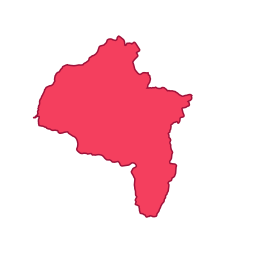 the district of Hualgayoc, Cajamarca, Peru, rotated 234°
{"feature_id": "86281439B40192866337915", "entity_name": "Hualgayoc", "entity_type": "district", "adm_level": 2, "iso_a3": "PER", "parent_name": "Peru", "parent_adm1": "Cajamarca", "projection": "albers", "projection_center": [-78.549, -6.714], "detail": "fine", "context": "isolated", "style": "filled", "palette": "rose", "viewbox_px": 256, "rotation_deg": 234, "n_neighbors": 0, "source": "geoboundaries", "source_scale": "gbopen_adm2", "svg_char_len": 5857}
<svg xmlns="http://www.w3.org/2000/svg" viewBox="0 0 256 256"><g transform="rotate(234 128 128)"><path d="M184.3,183.3L184.6,183.5L191.0,183.9L192.2,183.9L193.1,183.8L193.6,183.5L193.8,183.3L193.8,180.6L194.0,180.6L194.8,180.1L195.2,179.5L196.0,178.9L196.3,178.1L197.1,177.0L196.3,175.2L196.4,174.4L196.6,174.2L197.0,174.3L199.8,175.8L201.1,176.2L202.1,176.3L206.0,175.3L207.5,174.7L207.8,174.5L207.8,173.8L207.7,173.2L207.2,172.1L206.5,171.5L206.1,170.9L206.1,170.0L206.3,169.2L208.4,167.5L209.4,167.1L210.0,166.5L210.6,165.8L211.3,164.3L211.3,163.7L211.3,162.9L209.8,160.7L209.3,157.2L210.5,154.1L210.7,153.1L210.5,152.3L207.9,148.7L207.4,147.6L206.8,145.5L206.8,143.6L206.9,142.8L207.4,141.5L207.3,139.3L207.5,138.6L207.3,137.7L206.1,136.3L205.8,135.5L205.7,132.2L205.9,131.6L206.0,129.9L205.9,129.4L205.6,128.8L206.5,127.0L207.9,125.3L209.2,122.5L210.2,120.8L212.4,118.3L214.3,116.4L214.6,116.3L214.8,116.2L215.3,114.9L215.9,111.9L215.9,111.1L215.1,109.8L214.9,107.8L214.5,107.3L213.9,105.3L213.9,104.9L214.2,104.0L214.3,103.3L214.1,102.1L213.8,101.3L213.3,100.6L213.0,99.7L211.1,97.7L210.6,97.4L210.2,96.9L209.0,96.5L208.1,94.3L207.4,93.0L207.4,90.9L208.2,89.4L208.9,85.9L208.8,85.3L208.2,84.1L207.9,83.0L207.3,82.4L206.7,81.7L206.5,81.1L206.2,80.7L205.3,78.9L204.7,78.0L204.6,77.3L204.3,77.0L204.0,76.3L203.5,75.7L202.8,74.4L202.8,73.8L202.5,73.5L202.1,72.8L201.4,72.0L200.0,71.1L199.2,70.3L198.6,69.6L198.6,69.0L198.1,68.3L197.3,68.0L196.7,66.7L196.2,66.5L195.7,66.5L195.2,66.3L195.0,65.3L194.3,64.4L193.7,64.2L193.2,63.8L192.4,63.6L192.4,62.8L192.2,62.5L191.7,62.2L191.6,61.8L191.8,60.6L191.4,59.2L191.5,58.7L191.9,57.9L191.8,57.3L191.6,57.9L190.8,59.2L190.9,59.9L190.8,60.5L190.9,61.2L190.5,61.8L189.9,62.3L189.6,62.8L189.4,62.8L189.0,62.6L188.6,62.2L188.1,61.7L187.7,60.8L186.2,59.5L185.1,59.0L184.6,58.5L183.3,57.9L182.3,57.5L182.1,57.6L181.7,58.1L180.4,59.2L179.9,59.9L178.5,60.9L177.8,61.1L176.9,62.0L176.5,62.2L175.9,62.1L175.4,62.2L175.1,62.5L174.2,62.9L173.7,63.6L173.0,64.2L171.3,64.9L170.6,65.4L170.1,66.0L169.1,67.8L168.1,68.6L167.4,69.4L166.6,69.5L165.9,69.2L165.3,69.1L163.9,69.7L163.6,70.0L162.5,72.1L162.0,73.9L161.1,75.7L160.3,76.9L158.6,76.9L157.5,77.3L153.5,78.8L152.6,79.5L151.0,79.9L149.5,79.9L147.3,79.4L144.7,78.2L142.5,76.2L141.1,74.1L140.1,73.7L139.2,73.7L137.2,74.1L135.5,74.7L134.6,75.5L134.2,76.0L133.7,77.2L133.1,78.1L131.7,79.6L130.7,80.0L130.5,80.3L129.7,82.1L128.9,83.2L128.5,83.3L127.2,83.3L126.9,83.5L126.4,84.5L125.3,85.6L124.5,87.3L123.6,88.8L122.5,89.9L121.4,90.8L120.6,91.1L119.3,91.4L117.0,91.5L114.9,92.0L113.7,93.3L113.2,94.3L111.6,95.1L110.0,95.3L109.3,95.7L108.7,96.6L108.2,97.1L106.8,100.2L106.6,100.4L105.1,100.6L103.5,100.3L102.1,100.1L101.4,100.4L100.8,100.8L97.8,106.4L97.5,107.5L97.5,110.5L96.9,111.6L95.8,112.4L94.7,112.8L92.8,112.7L92.2,112.3L91.9,111.6L91.9,110.5L92.2,109.6L92.2,108.1L90.7,105.0L89.7,104.6L86.3,104.3L84.6,103.9L83.2,103.8L82.2,103.2L78.2,99.7L75.5,98.3L74.8,97.8L72.6,97.0L69.5,94.9L69.1,94.7L67.2,94.7L66.9,94.3L65.8,92.0L65.4,91.6L64.9,91.3L63.6,91.3L62.3,89.4L61.9,89.1L61.3,89.3L60.0,90.3L58.3,90.9L57.9,90.9L57.0,90.1L56.4,90.0L54.5,88.8L52.6,88.1L51.9,87.9L51.7,87.9L51.3,88.2L50.1,89.4L48.3,90.1L47.7,90.6L46.8,90.5L45.4,90.5L45.2,90.6L44.8,91.2L44.5,92.5L44.0,93.1L44.0,93.6L44.1,94.1L44.0,94.4L43.3,94.8L42.8,95.5L41.8,95.9L40.7,97.3L40.1,98.8L40.1,99.2L40.5,100.0L41.5,101.0L42.6,104.2L43.7,105.6L44.5,107.3L45.6,108.8L46.6,111.0L47.2,113.5L47.6,114.2L48.5,115.0L49.0,115.7L49.4,116.4L49.4,117.1L49.7,117.5L50.9,118.4L51.3,119.0L51.4,120.0L51.7,120.8L52.5,121.5L52.8,122.0L53.0,122.9L53.6,123.7L56.9,126.8L58.0,127.7L58.7,127.9L59.7,127.9L60.2,128.4L60.6,129.9L60.3,131.0L60.1,132.0L60.2,132.5L61.6,134.3L61.4,136.1L61.7,137.4L63.4,139.9L68.1,143.9L68.9,145.0L69.5,145.2L70.4,145.1L71.0,144.9L71.6,144.4L73.1,142.7L73.7,142.3L74.2,141.5L74.5,141.3L74.9,141.3L75.5,141.5L76.4,142.0L76.8,142.8L77.3,144.2L78.0,145.4L80.9,148.0L81.9,149.6L82.5,149.9L85.0,150.3L86.6,150.9L88.2,151.8L89.1,152.6L91.2,153.0L91.7,153.3L92.6,154.7L93.1,155.4L93.9,155.7L94.8,155.9L96.3,155.6L98.3,157.0L99.1,157.1L99.9,157.4L100.1,157.8L100.1,159.4L100.4,159.7L101.3,160.4L101.6,160.8L101.6,161.3L102.2,162.0L103.8,163.6L104.8,164.1L105.2,164.6L105.3,165.2L105.2,166.3L105.5,167.8L105.5,168.2L104.9,169.6L104.7,170.9L104.4,171.3L103.8,171.4L102.6,171.3L102.3,171.7L102.4,172.3L102.8,173.3L103.4,174.2L104.0,174.8L104.9,175.5L105.3,175.9L105.4,176.3L105.4,177.1L104.7,178.7L104.5,179.6L104.6,180.1L104.9,180.5L105.7,180.9L108.2,181.5L111.9,183.0L112.1,183.3L112.2,183.8L111.0,186.2L110.7,187.2L110.7,188.7L110.6,189.1L110.3,189.7L110.2,190.2L110.3,190.6L110.6,191.3L112.5,192.2L113.1,192.3L114.1,192.1L114.1,193.2L113.8,194.1L113.8,195.2L114.1,196.5L114.8,197.2L115.6,197.7L116.4,197.9L116.7,198.2L116.8,198.7L118.1,198.4L119.0,197.3L119.5,196.2L119.9,194.8L120.7,193.4L121.4,191.1L121.8,190.6L122.8,190.0L123.4,189.8L124.6,189.1L127.0,188.6L127.6,188.4L128.5,187.9L129.2,187.8L129.9,187.5L130.8,186.6L132.0,185.7L133.4,183.7L134.2,183.2L134.7,182.1L135.1,181.8L135.4,181.7L136.0,181.8L137.1,181.6L138.1,181.2L139.0,181.1L139.8,180.5L140.7,179.4L140.7,178.0L141.2,177.2L141.5,176.6L142.6,175.4L143.1,175.0L144.5,174.5L144.8,174.3L144.9,173.5L145.3,172.6L145.8,172.2L146.2,171.7L146.4,170.8L146.6,170.4L147.4,169.8L148.3,168.0L149.1,167.1L149.2,167.7L149.4,168.0L149.8,168.1L151.0,169.2L152.3,172.4L154.2,174.7L155.1,175.3L156.2,175.5L156.7,175.9L157.3,176.3L158.1,176.2L158.8,175.9L159.0,175.8L160.9,176.7L161.4,175.7L162.7,174.3L163.6,173.1L163.9,172.4L164.0,170.6L164.2,169.4L164.8,168.7L166.4,168.2L167.8,168.0L168.8,168.1L169.5,167.9L171.5,168.0L176.3,169.9L178.3,170.5L178.6,170.7L178.9,171.4L179.5,173.3L180.3,177.9L180.6,178.4L181.3,178.7L182.8,179.0L183.3,178.9L183.6,178.9L183.9,179.1L184.0,179.5L183.7,182.6L184.3,183.3Z" fill="#f43f5e" stroke="#9f1239" stroke-width="1.5"/></g></svg>